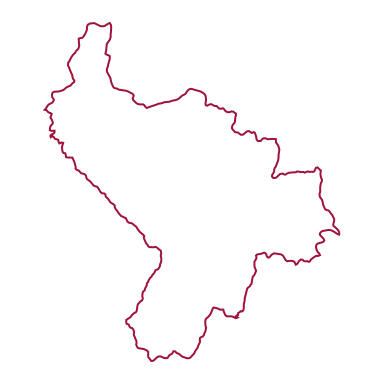 the district of Ituiutaba, Minas Gerais, Brazil
{"feature_id": "56859067B2687887940000", "entity_name": "Ituiutaba", "entity_type": "district", "adm_level": 2, "iso_a3": "BRA", "parent_name": "Brazil", "parent_adm1": "Minas Gerais", "projection": "albers", "projection_center": [-49.543, -18.985], "detail": "fine", "context": "isolated", "style": "outline", "palette": "rose", "viewbox_px": 384, "rotation_deg": 0, "n_neighbors": 0, "source": "geoboundaries", "source_scale": "gbopen_adm2", "svg_char_len": 5946}
<svg xmlns="http://www.w3.org/2000/svg" viewBox="0 0 384 384"><path d="M237.6,317.5L235.9,316.4L236.8,315.4L238.0,315.2L238.2,313.0L239.7,312.2L240.6,311.2L242.2,311.4L243.4,310.2L243.8,308.0L243.8,303.9L244.2,302.7L244.7,300.4L244.7,298.4L247.0,289.3L247.6,288.0L250.0,286.1L250.5,284.8L251.6,283.7L252.1,279.8L252.8,276.7L254.2,275.2L255.0,273.6L256.1,270.8L254.5,266.7L254.4,261.8L256.1,259.0L256.5,257.3L256.0,255.6L257.1,254.5L261.9,253.6L263.4,252.8L264.9,252.8L266.2,254.1L266.8,256.3L268.2,257.7L269.5,257.2L271.5,254.8L274.1,253.3L281.1,254.4L283.0,255.6L285.7,260.2L287.1,261.2L290.3,260.8L293.0,261.1L294.4,261.8L295.8,264.7L297.1,264.0L299.1,261.0L300.9,259.5L302.5,259.7L304.0,261.1L305.6,261.4L307.3,261.1L308.8,261.9L310.0,261.2L310.8,259.7L311.8,258.8L314.8,256.6L316.5,255.8L318.0,256.0L320.0,255.1L319.2,253.5L317.9,252.2L317.1,250.9L316.1,248.0L316.0,246.3L316.6,244.6L317.5,243.7L323.3,241.9L324.3,240.3L323.5,238.7L320.1,235.1L319.8,233.7L320.7,232.3L321.9,231.3L323.1,230.9L328.2,230.0L329.7,230.0L331.2,230.3L333.0,231.1L337.8,234.2L339.1,234.6L339.3,233.2L339.1,231.9L338.3,230.5L337.1,229.0L333.6,226.0L333.2,224.6L334.2,220.5L334.1,218.8L332.2,214.9L331.0,213.7L329.3,211.1L328.1,210.3L326.7,210.1L325.2,209.3L323.3,205.2L322.5,201.2L321.9,199.7L319.9,197.0L319.5,193.9L320.2,191.9L320.2,186.8L320.8,183.3L321.7,181.7L322.0,180.1L321.0,177.5L320.4,174.3L320.8,170.4L319.7,169.6L317.5,167.4L315.9,167.8L314.3,171.4L312.9,171.9L311.3,171.7L309.5,171.9L307.7,171.4L304.9,172.6L303.5,172.0L300.7,172.1L297.3,171.4L295.7,172.3L293.4,172.3L288.8,172.8L287.1,173.5L285.4,174.6L284.0,174.5L282.8,173.6L281.6,173.7L280.1,174.0L276.3,177.5L275.1,177.9L273.4,178.0L272.0,176.6L272.2,174.7L273.7,172.5L274.2,171.0L274.2,169.4L274.7,167.9L275.8,166.6L278.1,160.4L278.6,157.3L278.5,155.5L279.2,150.7L279.3,149.0L278.2,145.6L276.0,142.4L275.9,139.1L274.3,138.9L267.4,139.2L265.7,138.3L263.5,138.3L262.0,139.3L260.9,140.8L258.9,141.2L257.5,140.8L256.4,138.9L256.2,136.7L255.0,133.1L253.8,132.0L252.0,133.0L248.6,131.0L246.9,131.5L242.9,134.7L240.9,134.8L238.0,132.6L234.8,132.0L232.1,128.7L231.9,127.3L232.6,125.1L234.6,122.6L235.0,121.3L235.3,117.2L236.0,115.3L235.9,113.5L234.5,112.8L233.4,111.7L231.6,111.4L229.4,112.2L227.2,112.1L225.3,110.9L224.0,109.1L222.8,108.2L221.2,108.8L219.2,108.6L216.5,106.0L214.7,106.0L211.1,104.1L208.9,104.7L207.3,105.7L205.7,105.1L205.5,102.9L205.9,101.3L206.0,99.2L205.8,97.0L205.4,95.6L204.6,94.2L203.3,93.1L200.6,91.5L191.2,88.8L190.0,89.0L188.6,89.7L187.5,90.7L185.6,93.7L184.1,94.7L182.3,95.5L179.1,98.4L177.5,99.4L175.8,100.0L171.5,100.9L169.7,101.7L164.5,102.2L161.5,103.3L158.2,103.8L156.5,104.6L148.6,107.2L147.0,108.0L145.5,107.0L144.5,105.4L143.2,104.4L140.1,104.4L138.3,104.1L136.5,103.3L133.0,99.8L132.7,98.1L133.3,96.9L133.7,95.4L132.6,93.8L126.8,90.9L118.7,89.6L117.2,88.7L114.6,88.1L113.5,87.3L112.1,84.6L111.2,81.9L110.3,77.9L106.9,71.6L106.8,69.4L108.1,65.7L108.2,64.4L109.6,59.7L109.8,57.7L109.6,55.8L106.4,54.5L105.4,53.7L106.2,50.4L106.6,45.5L107.0,43.6L109.9,39.6L110.7,36.8L110.6,34.7L111.0,31.4L111.2,26.8L110.9,24.9L109.7,23.0L107.8,23.9L104.6,26.0L102.2,26.4L99.9,25.9L94.3,23.1L89.9,23.5L87.8,24.8L87.0,26.7L86.8,30.2L85.1,34.1L82.7,37.6L78.7,38.6L79.0,43.8L79.3,45.4L78.4,48.7L76.1,51.0L75.0,52.9L73.1,54.7L71.4,57.1L69.2,61.5L68.2,62.7L68.0,65.5L69.3,67.9L69.6,69.2L72.4,75.5L72.4,77.0L73.2,79.0L74.4,80.6L74.0,82.2L72.5,83.2L70.5,85.6L66.7,87.2L63.3,90.1L58.8,91.5L54.4,91.7L52.6,92.6L52.0,94.6L52.1,96.8L53.9,99.8L53.3,101.4L51.9,102.9L49.0,104.3L47.6,105.7L45.9,108.6L44.7,109.8L46.7,110.3L47.7,111.7L49.3,112.8L50.7,113.1L51.7,114.0L50.4,117.6L51.9,119.9L52.9,122.7L52.4,124.0L50.6,126.0L50.1,127.5L49.8,130.1L51.4,130.9L54.5,130.7L54.5,132.5L53.1,133.9L51.5,134.4L50.4,135.8L50.8,137.2L52.5,136.1L53.8,137.1L54.8,138.7L58.2,139.8L58.5,141.6L59.3,143.4L61.5,142.5L63.2,142.9L62.2,146.0L62.0,147.6L62.2,149.6L62.6,151.8L63.5,153.0L65.3,153.3L65.8,155.3L65.9,157.0L67.2,157.5L72.4,157.6L74.6,162.7L75.7,167.1L75.5,168.5L76.4,169.6L78.9,170.7L81.1,173.2L84.0,174.0L85.4,174.8L86.2,176.3L86.4,178.0L87.2,179.2L90.1,181.3L93.6,185.5L95.3,186.3L97.1,186.7L98.9,189.1L100.2,191.7L101.8,193.2L104.3,193.5L105.4,194.3L105.5,195.8L106.1,197.0L108.1,198.8L110.4,202.3L113.2,204.1L114.6,205.2L114.7,207.1L115.7,209.2L116.9,210.5L118.9,213.5L121.0,215.9L125.9,218.2L127.4,221.5L128.9,222.7L131.9,223.3L136.4,226.9L137.2,228.4L139.6,231.7L143.2,234.8L144.3,236.0L143.8,237.4L144.1,238.8L146.2,243.4L147.5,244.8L148.3,246.3L149.5,247.2L151.4,247.1L153.1,247.3L155.8,247.0L157.2,247.7L158.2,248.8L160.7,250.6L161.3,253.5L160.8,254.7L160.8,256.2L161.3,258.2L161.3,260.6L161.0,262.3L160.3,263.7L159.8,266.4L159.0,267.8L158.1,269.2L155.6,270.1L154.4,272.8L152.4,274.9L151.4,276.8L150.0,278.1L148.5,280.5L148.2,281.9L147.0,283.2L146.7,285.4L145.1,288.5L144.6,290.4L143.2,291.5L142.6,293.0L142.3,296.2L142.8,298.4L142.2,300.4L140.8,301.1L138.5,303.5L137.6,305.0L136.7,310.9L135.8,312.3L134.6,312.8L132.2,314.8L130.5,317.1L126.3,319.9L126.2,321.8L126.6,323.8L128.8,324.6L129.5,326.6L130.5,327.7L132.4,328.2L133.4,329.9L134.1,331.8L133.8,334.9L136.4,341.0L136.5,342.9L136.2,344.6L137.0,346.7L138.1,348.1L143.7,349.0L146.8,350.4L148.2,352.0L148.2,356.9L151.3,361.0L153.4,360.7L157.3,357.1L158.8,356.4L160.6,356.4L164.2,358.0L165.7,358.2L167.1,358.1L168.1,357.3L168.8,355.8L170.1,354.7L171.6,354.1L172.6,352.9L173.4,351.3L175.2,351.4L176.1,352.5L177.1,353.2L178.9,353.8L181.8,356.3L183.0,356.9L187.3,358.3L189.1,358.2L190.5,357.5L192.8,354.8L193.8,354.0L195.6,350.6L197.7,347.5L198.3,345.5L199.7,342.7L200.1,341.2L199.7,339.7L200.0,338.0L201.7,336.8L202.8,336.5L203.9,335.1L204.2,333.7L205.3,331.7L206.1,327.6L205.5,325.9L205.3,323.3L205.3,321.0L205.7,319.2L208.7,316.4L210.6,313.9L212.8,308.5L213.6,307.5L217.6,308.4L220.0,309.6L223.3,309.6L223.7,311.4L225.1,314.7L226.3,316.1L227.9,316.4L231.4,316.3L232.8,316.7L235.7,318.2L237.6,317.5Z" fill="none" stroke="#9f1239" stroke-width="2"/></svg>